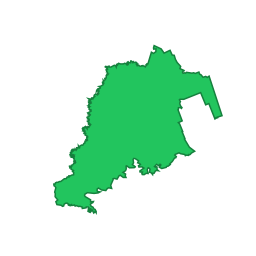 outline of Las Choapas, Veracruz, Mexico, rotated 248°
{"feature_id": "50627088B49080058560483", "entity_name": "Las Choapas", "entity_type": "district", "adm_level": 2, "iso_a3": "MEX", "parent_name": "Mexico", "parent_adm1": "Veracruz", "projection": "natural_earth1", "projection_center": [-93.913, 17.563], "detail": "fine", "context": "isolated", "style": "filled", "palette": "green", "viewbox_px": 256, "rotation_deg": 248, "n_neighbors": 0, "source": "geoboundaries", "source_scale": "gbopen_adm2", "svg_char_len": 5782}
<svg xmlns="http://www.w3.org/2000/svg" viewBox="0 0 256 256"><g transform="rotate(248 128 128)"><path d="M194.6,183.1L192.6,181.6L191.5,181.4L190.9,183.6L188.3,182.4L187.6,179.6L189.5,178.1L179.9,170.4L180.2,169.5L180.4,170.1L180.4,169.5L179.1,168.8L179.2,168.2L178.2,166.9L179.5,166.1L179.7,165.2L180.3,165.2L180.6,163.9L180.3,163.3L181.2,161.8L182.2,161.5L182.3,159.8L183.4,159.8L183.7,160.7L184.2,159.9L184.7,160.6L185.2,160.5L185.6,159.8L186.1,159.9L186.8,157.0L187.5,157.5L187.5,156.9L188.9,156.2L189.1,155.6L187.5,154.8L188.3,153.3L189.4,152.9L189.2,152.0L188.1,151.8L187.7,152.7L187.2,152.2L187.7,151.2L186.7,151.6L186.6,151.2L187.1,150.5L188.6,151.0L188.5,149.9L189.3,149.1L189.1,147.9L190.2,145.0L191.5,143.5L190.4,141.9L191.3,141.8L191.1,141.1L189.0,139.9L190.2,139.8L191.3,138.8L190.9,135.0L191.4,133.6L192.4,133.7L192.6,132.7L192.0,132.1L193.5,130.5L193.2,129.8L191.3,131.2L190.1,131.0L190.6,130.0L190.1,129.4L188.8,129.8L188.1,129.2L187.8,129.7L186.9,129.8L185.9,128.8L185.4,129.8L184.9,129.0L184.9,127.5L182.6,126.6L182.7,125.1L181.5,125.2L180.8,123.2L181.4,123.0L180.0,122.7L180.1,121.6L179.6,121.3L178.5,121.3L178.8,121.9L178.5,122.2L177.3,120.8L177.0,118.2L177.3,116.8L176.4,117.6L175.4,117.3L175.6,114.7L174.7,113.1L173.6,112.4L174.7,114.8L174.9,114.6L174.4,115.2L172.8,114.7L172.8,114.1L171.7,113.2L171.0,114.2L171.4,111.9L170.6,113.2L170.1,112.1L171.6,110.7L171.1,109.0L170.2,108.4L169.5,108.9L169.2,107.2L168.4,106.5L169.1,106.4L169.5,105.5L169.2,105.1L168.6,106.1L168.3,104.7L170.0,102.3L168.2,103.1L168.0,102.3L167.5,102.9L167.2,102.1L166.5,102.8L166.6,101.5L167.5,101.2L166.0,101.0L164.9,102.0L165.3,103.2L165.0,103.3L164.4,100.4L163.5,100.4L163.5,99.3L162.9,99.8L162.5,99.4L162.1,100.2L161.9,99.2L161.3,99.7L160.1,98.9L158.8,99.4L159.1,99.9L158.6,100.5L157.4,100.0L157.1,96.4L156.0,97.1L156.4,96.3L156.0,96.2L154.7,97.8L154.2,97.8L154.1,96.8L153.5,96.4L154.0,95.6L153.0,94.8L153.4,93.4L152.7,94.6L151.8,94.0L151.4,94.7L150.9,94.4L151.1,95.1L150.3,95.2L149.7,93.9L149.5,94.6L148.9,94.0L149.2,93.1L147.2,93.9L147.3,93.1L146.2,92.8L145.4,93.7L146.2,94.0L145.2,94.7L144.4,93.7L144.1,91.8L143.8,92.3L143.2,91.9L144.1,90.3L142.6,89.8L143.7,89.4L144.5,90.0L144.4,88.8L145.3,89.0L145.1,87.9L144.3,87.2L145.2,86.5L144.4,85.4L143.8,85.8L143.9,85.1L143.1,86.3L142.3,85.0L141.8,85.8L142.1,86.4L141.2,87.0L140.7,86.7L141.3,86.3L141.0,85.8L139.7,85.8L139.4,85.3L138.7,86.6L137.7,85.6L135.4,87.4L134.5,87.0L134.9,86.4L134.1,85.9L132.0,85.9L131.8,85.4L132.5,85.3L132.9,84.6L131.8,84.4L131.9,83.2L130.2,82.3L130.3,81.5L129.0,79.6L129.6,78.5L129.1,75.6L130.0,75.4L128.7,75.0L128.2,75.9L127.7,75.6L128.9,73.1L127.6,72.7L126.8,71.5L128.6,71.1L127.7,70.2L127.3,68.9L128.6,68.8L128.8,69.9L129.0,68.1L128.3,67.2L127.7,67.9L126.8,67.3L127.2,66.3L126.8,65.5L125.8,66.1L125.3,64.3L123.6,64.1L123.3,65.1L124.3,65.3L123.9,66.7L123.0,65.6L123.3,67.4L123.0,67.9L121.8,65.3L121.2,66.7L121.9,66.7L121.6,67.4L120.2,66.1L119.6,66.6L117.7,65.6L117.5,66.7L115.9,66.5L116.4,65.2L115.2,65.4L115.4,64.3L114.6,63.3L114.6,61.7L113.7,61.6L113.6,60.0L114.5,59.9L114.5,59.4L112.7,59.2L112.7,60.5L111.0,59.8L109.0,61.5L108.5,60.3L107.1,61.0L105.0,60.0L105.4,58.2L105.2,56.5L105.8,55.3L104.7,54.9L105.4,53.3L104.2,51.9L104.8,49.9L103.6,45.8L104.1,44.1L103.8,42.9L104.4,41.6L104.3,40.2L103.4,39.7L103.8,38.2L102.1,37.8L101.2,38.5L99.6,38.7L96.0,36.0L94.4,36.0L91.6,34.7L87.6,35.9L86.7,33.5L83.6,33.4L81.4,37.1L79.9,37.9L79.8,39.1L81.3,40.3L81.6,42.2L81.0,43.6L79.5,44.4L79.5,43.9L78.8,43.9L78.8,44.9L78.2,44.9L78.2,46.5L77.6,46.0L77.6,46.9L77.2,47.0L76.6,49.6L75.4,49.7L75.3,51.2L73.6,52.9L73.5,54.0L72.0,55.8L70.5,55.5L69.7,59.2L70.4,59.7L69.6,61.7L68.7,61.9L68.2,61.2L67.2,62.1L67.1,63.2L66.1,63.1L65.3,61.3L66.0,60.9L66.3,61.7L67.3,60.7L65.7,59.7L63.9,61.3L65.3,64.1L62.0,64.4L62.8,66.4L61.4,66.7L62.5,67.2L64.8,67.0L65.6,66.1L67.7,65.9L69.3,64.5L71.2,64.4L71.8,65.4L72.0,67.5L72.8,68.4L73.6,65.6L75.4,66.4L80.6,62.5L81.8,62.5L82.8,63.3L83.2,66.2L80.1,72.0L79.0,76.0L79.2,78.2L80.4,76.1L81.4,75.8L82.9,76.5L83.4,78.1L80.5,80.2L78.3,84.0L79.6,86.1L79.8,87.7L78.1,90.2L81.4,90.5L85.6,94.8L86.6,95.2L86.4,96.4L84.7,98.7L87.1,101.9L87.1,103.1L83.9,105.1L82.9,107.6L84.6,107.5L86.2,108.5L88.8,106.7L89.3,109.7L90.7,111.0L93.4,112.0L93.4,112.6L90.5,114.5L88.9,118.9L89.0,119.8L89.4,120.2L92.4,118.4L93.6,120.1L96.9,120.9L97.6,121.9L97.0,123.1L93.7,125.5L92.1,123.9L90.7,125.5L89.5,125.8L89.1,123.6L87.7,123.5L86.8,126.3L84.9,127.7L83.7,122.9L82.7,122.7L81.7,124.9L80.6,123.8L79.5,123.8L78.7,125.5L79.2,127.8L78.3,129.6L82.1,130.2L83.4,131.4L83.4,132.2L81.6,133.0L78.9,131.4L77.9,132.7L75.6,133.4L76.8,134.1L76.3,135.3L77.9,137.3L77.9,138.7L77.0,140.2L78.7,139.4L81.0,140.3L81.6,139.5L81.4,138.8L82.3,138.1L83.6,140.9L81.6,142.3L82.4,144.0L81.9,144.6L81.4,144.6L79.8,142.4L77.8,144.1L77.2,148.6L77.9,149.7L77.6,151.0L78.3,153.5L79.0,153.2L80.4,156.6L82.8,160.0L82.5,161.1L83.4,162.1L85.3,161.2L85.8,161.8L85.9,166.0L84.5,167.1L82.1,170.8L80.9,170.8L80.9,172.2L80.0,173.7L80.6,174.4L80.1,174.9L80.2,175.8L81.0,177.4L81.5,181.1L87.2,177.7L96.6,176.2L96.7,176.8L104.4,176.8L104.3,177.4L112.4,177.4L114.1,176.7L114.3,180.9L126.3,181.2L126.4,181.6L127.9,182.4L127.3,184.2L126.1,184.9L126.7,185.7L128.3,185.1L130.6,185.0L131.9,185.4L132.8,186.5L134.9,186.2L135.2,186.9L133.7,190.5L133.6,208.6L120.4,208.7L120.4,212.1L103.8,212.0L104.1,213.3L104.6,213.3L104.6,214.4L104.0,214.4L104.0,215.0L104.6,214.9L104.2,219.8L145.7,222.6L145.2,220.4L146.7,219.4L146.9,216.6L150.1,215.6L151.0,214.6L153.3,214.7L153.4,210.7L154.6,209.6L154.9,207.8L157.7,203.1L157.3,201.9L158.0,201.0L158.1,199.6L159.4,199.5L160.0,200.3L160.1,201.5L160.5,201.4L163.6,198.4L165.4,199.9L170.3,198.1L173.9,197.7L178.1,198.1L179.1,196.3L184.3,196.1L183.9,189.5L188.9,188.4L194.6,183.1Z" fill="#22c55e" stroke="#15803d" stroke-width="1.5"/></g></svg>